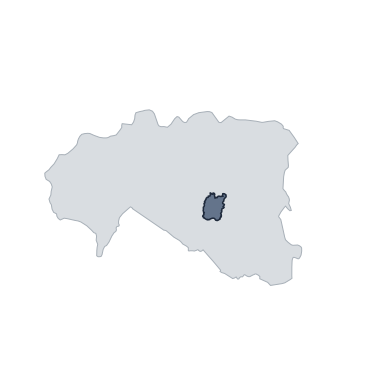 location of Ganzourgou, Ganzourgou, Burkina Faso, rotated 35°
{"feature_id": "67063806B50041184778807", "entity_name": "Ganzourgou", "entity_type": "district", "adm_level": 2, "iso_a3": "BFA", "parent_name": "Burkina Faso", "parent_adm1": "Ganzourgou", "projection": "robinson", "projection_center": [-0.77, 12.29], "detail": "fine", "context": "in_parent", "style": "filled", "palette": "slate", "viewbox_px": 384, "rotation_deg": 35, "n_neighbors": 0, "source": "geoboundaries", "source_scale": "gbopen_adm2", "svg_char_len": 7238}
<svg xmlns="http://www.w3.org/2000/svg" viewBox="0 0 384 384"><g transform="rotate(35 192 192)"><path d="M274.1,239.6L265.5,240.0L262.4,241.0L260.5,241.0L260.5,240.1L260.2,239.6L249.4,236.7L241.9,234.9L234.2,233.0L233.8,234.8L232.7,236.0L231.0,236.1L229.9,235.8L229.1,237.2L227.8,239.0L226.0,239.9L224.3,241.1L223.3,242.1L222.6,242.1L220.9,239.7L218.5,239.5L214.2,239.9L212.2,239.3L209.5,238.9L203.2,239.4L193.1,238.5L191.5,239.0L191.0,239.4L181.0,239.5L170.0,239.6L160.8,239.7L152.8,239.8L152.7,239.4L150.2,239.4L149.9,240.2L147.6,249.6L147.3,254.7L148.5,257.9L149.9,259.9L151.4,260.8L151.6,261.9L150.3,263.4L150.4,264.9L151.9,266.5L152.2,268.1L151.5,269.9L151.6,274.0L152.7,280.6L152.7,284.8L151.7,286.7L152.2,290.1L154.2,294.8L154.5,296.8L153.8,297.7L152.2,298.9L150.5,298.9L148.6,296.0L147.7,294.7L146.1,291.9L144.8,289.0L143.0,287.7L141.2,286.5L139.1,282.8L137.0,281.1L134.8,281.6L131.6,280.9L125.1,280.0L118.1,280.3L115.2,281.1L112.4,282.4L105.1,285.4L102.3,286.8L100.1,290.5L97.6,290.4L95.2,289.3L93.6,287.6L90.3,288.0L87.2,286.3L84.1,283.1L81.8,282.1L78.9,279.8L78.1,275.4L76.3,272.3L74.6,268.0L72.1,266.1L69.3,265.0L65.3,265.3L62.6,263.5L60.6,261.0L61.1,258.9L62.1,255.8L62.2,252.8L62.9,248.0L62.5,241.9L61.8,237.7L64.0,236.0L66.6,234.4L68.1,231.5L69.8,225.1L70.5,219.6L70.0,217.5L69.2,215.9L68.5,213.5L68.2,210.6L68.6,208.0L70.6,205.7L73.0,203.7L74.7,202.7L79.3,201.8L84.9,200.3L88.2,198.6L90.6,197.0L92.0,195.6L93.3,192.9L95.5,190.8L97.2,188.7L97.5,182.9L97.5,179.5L96.2,177.7L95.6,176.1L104.0,171.5L104.0,168.2L102.9,164.6L101.2,161.7L100.6,159.2L103.0,156.2L105.1,154.0L106.6,152.1L109.9,149.2L113.3,148.5L116.4,149.6L125.6,156.3L127.2,156.8L129.1,156.3L131.5,154.5L134.7,153.1L135.9,148.5L135.8,141.8L136.5,138.8L138.2,138.2L143.4,139.5L144.8,139.6L146.3,139.2L147.5,138.0L147.4,135.8L147.2,133.9L148.9,127.7L152.1,123.1L158.4,117.3L160.4,116.1L162.7,115.5L174.1,119.5L176.0,118.5L178.8,108.6L181.9,107.7L185.6,107.5L188.0,106.6L189.2,105.9L194.6,102.2L204.2,97.1L209.3,94.9L210.3,94.1L214.0,90.4L218.9,86.2L222.0,85.4L226.3,85.1L229.0,85.8L229.7,87.0L230.6,87.6L236.2,85.8L244.3,88.6L251.2,91.4L250.8,93.2L250.8,96.3L250.2,101.2L249.5,107.1L252.4,110.9L255.8,115.0L256.7,116.6L255.8,120.6L256.5,123.0L258.3,126.9L261.4,131.9L264.6,137.1L266.8,137.8L268.8,138.2L270.1,139.1L272.0,140.0L273.8,140.6L275.4,141.7L276.5,142.8L277.8,146.0L281.4,148.1L283.9,150.2L282.9,151.2L279.8,150.8L276.8,149.9L276.5,151.4L276.3,157.2L276.8,162.1L277.5,162.7L280.5,163.6L287.5,170.0L293.9,175.9L296.0,177.5L299.5,178.1L303.5,178.3L305.2,177.8L309.0,174.8L311.0,174.4L312.9,174.5L313.9,175.0L315.7,177.4L317.5,181.1L317.9,183.9L317.8,185.3L317.2,185.9L314.1,186.6L312.7,187.2L312.4,188.0L312.9,189.8L313.5,191.0L316.9,196.3L321.9,203.5L323.4,205.4L322.6,207.6L320.1,213.2L318.2,215.5L309.9,223.5L305.8,222.6L297.3,224.2L296.0,222.3L294.0,222.1L291.5,222.4L290.6,223.1L290.3,223.9L289.5,225.0L287.9,228.2L286.7,229.0L285.1,229.4L283.3,229.4L282.2,229.8L282.2,231.4L281.9,232.7L280.6,233.4L280.1,234.9L280.2,236.4L279.4,237.1L277.8,236.7L276.9,236.3L276.0,238.3L274.9,239.6L274.1,239.6Z" fill="#d9dde1" stroke="#a8b0b8" stroke-width="1"/><path d="M223.2,181.0L223.0,180.9L222.9,180.9L222.7,180.6L222.6,180.1L222.5,179.8L222.5,179.6L222.4,179.4L222.4,179.2L222.3,178.9L222.4,178.6L222.4,178.0L222.4,177.9L222.6,177.6L222.7,177.2L222.7,176.8L222.6,176.6L222.5,176.2L222.4,175.9L222.3,175.7L221.9,175.5L221.7,175.4L221.7,175.2L221.5,174.9L220.7,174.8L220.3,174.9L219.8,174.9L219.5,174.9L219.1,175.1L218.9,175.3L218.6,175.4L218.4,175.5L218.2,175.8L218.3,176.1L218.4,176.3L218.6,176.6L218.8,176.7L218.9,176.8L219.4,177.8L219.4,178.0L219.5,178.0L219.1,178.4L218.9,178.6L218.7,178.6L218.3,178.6L218.2,178.8L218.2,179.1L217.8,179.5L217.5,179.6L216.9,179.7L216.7,179.8L216.4,179.9L216.3,180.0L216.2,180.4L216.0,180.6L215.8,180.7L215.8,181.0L215.8,181.4L215.8,181.6L215.8,182.3L215.7,182.4L215.2,182.4L215.1,182.6L215.0,182.8L214.8,182.8L214.6,182.7L214.4,182.9L214.3,183.1L214.3,183.4L214.4,183.5L214.5,183.6L214.4,183.8L214.1,183.7L213.9,183.4L213.7,183.2L213.3,182.8L213.1,182.7L212.8,182.4L212.6,182.2L212.2,181.8L212.2,181.2L211.5,181.1L211.4,181.0L211.3,180.6L211.1,180.7L211.1,180.8L211.0,180.4L209.9,180.7L209.9,180.9L210.2,181.2L210.3,181.5L210.3,181.8L210.2,181.9L210.1,182.1L209.9,182.2L209.6,182.2L208.8,182.2L208.5,182.2L208.4,182.3L208.1,182.2L207.9,182.1L207.7,182.2L207.5,182.3L207.5,182.5L207.8,182.8L208.0,182.8L208.4,183.1L208.5,183.3L208.8,183.6L208.8,184.1L208.7,184.2L208.8,184.3L209.0,184.9L209.0,185.1L208.9,185.2L208.6,185.3L208.2,185.7L207.9,185.9L208.1,186.1L208.1,186.3L208.1,186.6L208.3,187.0L208.2,187.3L207.9,187.4L207.6,187.5L207.4,187.8L207.5,188.0L207.4,188.5L207.2,189.1L207.4,189.4L207.5,189.5L207.6,189.8L207.7,190.0L207.6,190.4L207.7,190.5L207.6,190.8L207.7,191.0L207.8,191.2L207.7,191.9L207.8,192.0L208.0,192.4L208.0,192.5L207.9,192.7L207.8,192.8L207.9,193.0L208.0,193.0L208.5,193.0L208.6,193.3L208.6,193.5L208.8,193.9L208.8,194.0L208.5,194.5L208.6,194.8L208.9,195.0L209.1,195.1L209.3,195.3L209.7,195.6L209.9,196.0L209.9,196.3L210.0,196.4L210.0,196.5L210.1,196.8L210.2,197.0L210.1,197.5L210.0,198.0L210.5,198.5L210.6,198.8L210.8,199.1L211.0,199.2L211.1,199.3L211.2,199.5L211.3,199.7L211.3,199.8L211.4,200.0L211.5,200.1L211.6,200.5L211.8,200.8L212.1,201.0L212.4,201.3L212.6,201.4L212.7,201.5L212.8,201.5L212.9,201.8L213.1,201.9L213.2,202.0L213.4,202.0L213.6,202.1L213.8,202.0L213.9,202.4L213.9,202.5L214.0,202.6L213.9,202.8L214.0,202.9L214.3,203.0L214.5,203.3L214.5,203.5L214.7,203.8L214.5,204.0L214.7,204.3L214.6,204.5L214.7,204.8L214.6,205.1L214.5,205.3L214.6,205.6L214.8,205.7L215.0,206.0L215.3,206.0L215.5,206.1L215.8,206.1L215.9,205.9L216.0,205.9L216.3,205.9L216.4,206.0L216.7,206.1L216.7,206.3L216.9,206.2L217.2,206.2L217.6,206.3L218.3,206.3L219.7,206.2L219.8,206.2L220.2,206.0L220.2,205.8L220.4,205.6L220.6,205.7L220.8,205.8L221.1,205.6L221.2,205.4L221.3,205.3L221.6,205.1L221.7,204.7L221.8,204.7L222.0,204.7L222.3,204.5L222.3,204.4L222.3,204.2L222.4,203.9L222.4,203.7L222.5,203.4L222.6,203.2L222.9,203.0L223.1,202.5L223.5,202.1L223.6,201.9L223.8,201.7L224.0,201.6L224.5,201.2L224.9,201.0L225.5,200.8L225.8,200.8L226.1,200.9L226.5,201.1L227.5,201.5L227.8,201.4L228.0,201.2L228.5,201.2L228.8,200.9L229.1,200.8L229.1,200.7L229.3,200.4L229.5,200.2L229.7,199.9L229.8,199.7L229.9,199.4L230.0,199.2L230.1,198.8L230.2,198.6L230.3,198.4L230.4,198.2L230.5,197.9L230.0,197.4L229.9,197.4L229.9,196.9L230.0,196.6L229.9,196.2L229.7,196.0L229.6,195.7L229.5,195.4L229.6,195.2L230.0,195.3L229.9,194.9L229.6,194.5L229.5,194.4L229.4,194.4L229.2,194.4L229.1,194.2L228.9,193.9L228.9,193.7L228.6,193.4L227.8,193.2L227.7,193.0L227.7,192.9L227.8,192.3L227.8,192.2L227.8,191.4L227.7,191.0L227.5,190.8L227.3,190.7L227.1,190.6L226.9,190.5L226.8,190.4L226.8,190.1L226.9,189.7L226.7,189.5L226.6,189.4L226.3,189.0L226.2,188.9L226.3,188.6L226.4,188.2L226.5,187.7L226.9,187.4L227.0,187.3L227.1,186.9L227.0,186.3L227.0,186.1L226.9,186.1L226.1,186.1L225.9,186.1L225.9,185.9L225.9,185.6L225.9,185.2L225.9,184.6L225.8,183.8L225.7,183.7L225.3,183.6L225.2,183.6L224.8,183.7L224.0,183.8L223.8,183.8L223.7,183.7L223.3,183.3L223.2,183.1L223.1,182.9L223.1,181.9L223.2,181.5L223.2,181.0Z" fill="#64748b" stroke="#1e293b" stroke-width="1.5"/></g></svg>